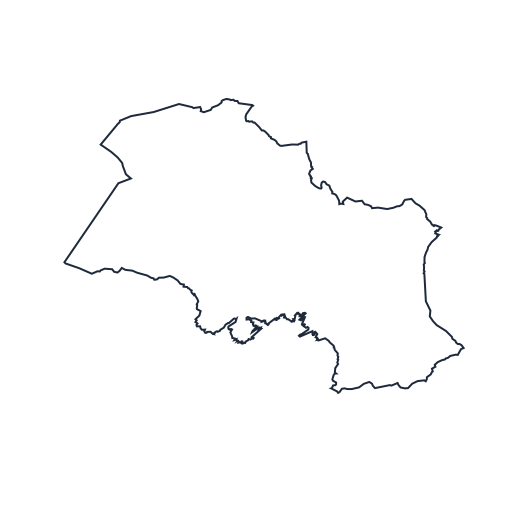 outline of Oslo nor, Oslo, Norway, rotated 344°
{"feature_id": "86288312B18463313731869", "entity_name": "Oslo nor", "entity_type": "district", "adm_level": 2, "iso_a3": "NOR", "parent_name": "Norway", "parent_adm1": "Oslo", "projection": "natural_earth1", "projection_center": [10.768, 59.972], "detail": "fine", "context": "isolated", "style": "outline", "palette": "slate", "viewbox_px": 512, "rotation_deg": 344, "n_neighbors": 0, "source": "geoboundaries", "source_scale": "gbopen_adm2", "svg_char_len": 6144}
<svg xmlns="http://www.w3.org/2000/svg" viewBox="0 0 512 512"><g transform="rotate(344 256 256)"><path d="M427.3,396.6L425.8,396.3L424.6,394.6L424.2,392.4L422.0,389.8L422.0,387.7L418.0,380.5L410.6,372.2L408.2,367.4L406.4,362.0L408.6,356.5L406.8,346.4L412.8,320.1L412.9,319.0L412.5,318.8L413.8,317.2L413.3,316.4L414.5,313.1L414.9,310.4L416.4,309.3L416.2,308.4L417.8,303.3L420.6,299.3L422.5,297.4L424.0,294.7L428.6,291.1L434.8,288.1L435.2,287.3L436.2,287.0L436.1,286.4L437.6,286.0L434.6,283.7L435.2,283.0L434.9,282.0L436.8,281.2L437.1,281.9L438.2,282.0L438.9,281.0L441.9,279.7L437.5,276.3L436.2,275.6L435.4,276.3L434.9,276.0L434.5,274.8L433.8,274.4L432.9,270.8L430.7,267.7L431.0,266.8L430.3,265.5L431.2,262.8L430.6,258.2L427.0,252.6L423.9,249.4L421.2,244.0L414.9,243.1L413.7,243.7L410.7,246.8L407.7,247.6L405.3,247.1L401.2,247.5L395.0,247.0L386.6,243.1L380.7,242.0L380.3,239.9L377.7,237.7L374.7,236.2L373.1,232.1L366.6,231.0L359.7,225.0L354.5,227.6L354.3,230.1L352.3,229.1L350.4,229.1L351.1,225.7L349.9,219.8L348.7,218.2L346.5,216.8L347.1,215.4L346.0,211.7L345.9,208.6L343.6,206.5L342.9,204.1L341.1,202.9L339.4,203.6L338.1,205.9L337.9,208.5L337.1,209.1L335.2,208.2L332.3,205.2L329.5,200.7L329.8,198.3L331.0,196.7L330.1,196.3L330.7,195.0L330.2,194.5L330.5,193.9L329.7,192.4L329.8,191.5L331.9,188.8L334.6,187.9L333.9,186.1L334.3,185.8L333.7,185.1L334.6,181.1L333.9,178.0L333.9,172.0L333.2,170.8L335.9,160.0L331.0,159.6L329.9,160.4L328.5,160.1L327.4,160.6L321.1,158.7L310.9,157.2L309.4,156.4L307.5,153.6L307.1,151.4L305.9,149.5L302.8,147.1L303.2,145.9L301.6,144.5L301.4,143.1L299.0,138.8L297.8,137.4L296.2,136.9L294.5,132.8L291.4,127.3L290.2,127.0L289.3,125.5L286.4,125.0L285.9,124.2L284.2,123.9L283.8,123.2L284.2,119.5L285.6,117.2L293.1,111.1L294.6,110.7L294.1,109.9L281.5,104.4L280.9,101.9L278.2,101.0L277.4,99.6L274.7,99.2L273.9,98.3L270.8,96.9L267.4,97.0L265.8,97.5L265.1,99.0L261.1,100.6L254.8,101.2L252.7,103.1L245.5,103.4L242.8,101.5L243.7,99.8L243.3,97.4L236.8,96.6L235.6,95.3L223.9,88.7L197.3,89.4L174.5,87.1L162.5,88.4L161.7,90.0L159.8,90.8L137.4,106.1L145.5,116.0L150.2,123.2L153.0,129.7L152.8,133.0L153.5,141.6L157.1,147.0L143.8,148.1L70.1,209.2L70.9,210.7L82.7,219.0L93.3,227.8L99.2,227.0L101.7,227.8L102.6,227.0L107.1,226.5L114.1,229.1L115.3,232.1L118.3,233.7L120.7,232.7L123.7,230.5L126.6,233.3L133.1,236.0L137.1,239.3L146.1,244.8L149.0,247.9L151.4,249.3L151.7,250.8L154.5,251.2L156.7,250.1L161.3,251.3L167.6,251.4L170.4,253.7L173.8,257.7L175.7,262.0L178.8,263.6L177.9,265.5L181.4,266.9L181.8,268.2L182.8,268.8L183.3,270.1L184.7,271.4L184.0,272.4L184.0,273.4L184.9,275.1L186.4,275.4L186.6,276.1L185.8,276.8L186.6,277.2L187.8,281.2L188.0,283.7L185.7,286.1L186.0,286.8L184.6,290.1L184.6,290.8L187.6,293.7L185.1,297.7L180.4,300.1L181.2,301.5L179.6,302.7L181.2,304.7L179.7,306.0L179.8,307.3L182.9,308.2L182.8,310.1L183.6,312.0L186.7,312.7L185.5,314.1L186.0,315.8L187.3,316.2L188.1,315.5L191.4,316.3L193.0,319.0L194.0,319.5L193.8,318.6L196.2,318.4L195.5,318.2L196.1,317.8L197.8,317.6L198.3,318.3L200.7,318.0L201.3,317.1L205.3,316.0L207.8,313.6L210.7,312.7L211.2,313.1L217.3,310.2L218.3,310.2L219.3,311.2L220.0,310.9L218.1,313.8L210.1,316.2L209.5,317.5L209.7,318.9L211.3,319.2L210.4,319.4L210.8,319.8L212.0,319.4L212.7,320.0L210.3,322.4L210.9,326.8L210.6,328.3L213.0,329.5L213.1,330.2L212.7,330.5L213.5,330.5L212.9,330.9L213.7,330.9L214.9,332.1L214.5,332.5L215.2,332.3L215.6,333.0L215.0,333.4L216.3,334.2L215.9,334.5L217.2,334.6L217.6,335.3L218.5,334.1L219.2,334.3L218.7,336.0L218.8,336.4L219.9,336.4L219.3,336.8L220.6,336.0L221.6,336.6L222.6,335.4L225.2,334.8L226.0,333.8L227.6,334.8L229.6,334.2L230.4,334.7L231.1,334.2L229.6,332.8L241.0,327.3L240.3,326.9L240.7,326.4L239.2,326.7L239.5,326.4L238.9,326.3L239.3,325.6L238.9,325.5L231.2,328.2L231.9,327.3L237.4,324.0L236.3,323.6L236.8,322.9L236.1,322.5L234.4,322.5L234.2,320.7L235.2,319.2L233.1,318.2L233.7,316.9L232.5,315.7L232.7,315.0L229.4,314.5L229.8,312.9L230.7,312.5L231.5,312.4L234.1,314.8L237.9,315.7L243.6,320.4L245.4,320.2L245.3,320.5L244.5,320.5L244.1,320.8L246.9,320.8L246.5,322.4L247.0,322.2L247.0,323.7L248.4,325.6L249.2,325.2L249.0,324.5L257.6,321.1L256.4,322.2L258.2,323.2L258.8,322.3L258.4,320.4L259.1,322.3L260.2,321.7L260.4,322.4L260.9,322.3L260.5,321.5L263.7,319.6L264.1,320.2L264.8,319.4L265.2,319.5L264.4,320.7L265.4,319.5L266.3,319.8L265.5,321.0L266.5,319.8L267.0,320.0L266.5,320.9L267.2,320.4L267.3,322.2L266.0,322.6L266.1,323.0L267.2,322.7L268.4,325.4L269.5,325.6L272.1,328.7L272.6,328.5L272.4,329.0L273.3,329.1L274.0,328.0L274.7,329.1L275.3,328.5L274.6,327.0L275.8,327.2L277.6,323.9L277.3,323.7L280.0,322.0L281.9,322.4L280.7,322.2L280.3,323.1L281.8,323.6L281.7,324.6L283.0,325.0L281.6,325.0L281.3,325.8L282.9,326.1L285.3,323.9L287.4,324.1L287.9,324.8L280.2,329.2L281.6,330.3L285.5,328.0L286.2,328.3L281.7,333.8L282.0,333.9L281.4,334.8L282.0,335.4L284.7,334.9L282.5,336.6L284.3,338.8L285.9,338.4L286.7,339.6L286.1,341.1L278.1,343.8L278.4,344.5L278.0,344.8L276.5,345.1L276.3,344.4L277.2,344.1L276.9,343.7L275.3,344.5L276.0,345.6L289.5,343.8L288.9,346.1L289.2,346.1L288.9,347.7L289.4,347.9L290.6,347.7L291.4,345.2L292.0,345.1L293.4,347.9L290.9,350.6L292.1,351.4L291.9,352.2L292.5,352.2L292.6,352.8L291.9,353.3L292.3,353.3L292.2,353.9L292.7,354.4L299.8,354.2L302.6,357.7L303.0,359.2L305.8,363.5L306.0,364.6L305.5,365.4L306.0,365.8L305.8,367.9L307.8,372.2L306.9,374.1L307.3,375.7L306.0,377.7L306.4,378.4L304.8,380.8L305.1,382.5L301.3,385.6L299.7,389.7L300.6,391.0L299.3,390.7L297.7,392.0L295.4,395.7L295.6,397.1L298.1,399.7L297.7,401.3L296.8,402.0L294.4,401.7L292.5,404.0L291.8,404.0L296.6,408.5L297.2,410.2L299.0,409.7L302.0,407.3L304.8,407.7L306.9,409.0L311.4,410.3L318.9,410.7L324.4,408.6L330.2,408.3L332.3,410.7L332.6,413.1L334.0,415.8L349.1,417.0L350.5,417.9L357.1,417.1L357.4,419.3L358.7,422.2L362.7,424.3L365.7,424.9L371.0,421.8L376.8,420.8L383.5,421.9L384.6,423.2L386.2,421.6L386.9,419.6L391.3,418.0L393.0,416.1L394.1,415.7L394.1,412.8L397.9,411.9L397.8,409.9L401.5,408.1L406.2,407.4L409.4,407.5L410.1,406.8L412.6,406.8L415.1,405.6L420.9,405.9L422.7,406.7L427.3,402.1L430.2,401.7L429.0,398.4L427.3,396.6Z" fill="none" stroke="#1e293b" stroke-width="2"/></g></svg>